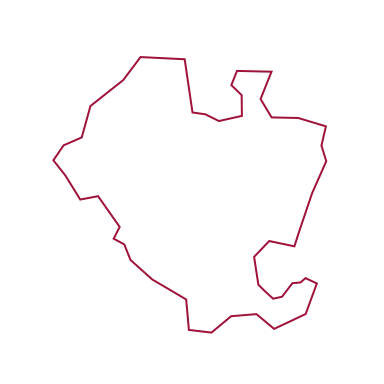 Kushtepa, Ferghana, Uzbekistan (Mercator projection), rotated 13°
{"feature_id": "79887680B56995537187313", "entity_name": "Kushtepa", "entity_type": "district", "adm_level": 2, "iso_a3": "UZB", "parent_name": "Uzbekistan", "parent_adm1": "Ferghana", "projection": "mercator", "projection_center": [71.644, 40.53], "detail": "fine", "context": "isolated", "style": "outline", "palette": "rose", "viewbox_px": 384, "rotation_deg": 13, "n_neighbors": 0, "source": "geoboundaries", "source_scale": "gbopen_adm2", "svg_char_len": 748}
<svg xmlns="http://www.w3.org/2000/svg" viewBox="0 0 384 384"><g transform="rotate(13 192 192)"><path d="M334.2,253.0L322.0,250.4L318.1,255.7L310.3,258.3L303.3,273.8L295.1,277.7L285.4,272.3L277.5,267.4L267.1,241.2L278.3,222.4L304.0,221.9L305.3,206.2L309.3,166.1L315.9,131.8L307.7,117.7L307.7,97.9L278.9,96.0L252.8,101.4L237.9,86.0L242.4,56.9L208.6,63.9L206.3,79.0L218.6,86.5L223.5,106.6L202.3,116.8L187.6,113.3L174.6,114.4L155.0,64.3L111.5,72.1L99.8,98.4L73.7,131.1L72.3,163.6L56.4,175.4L49.8,192.3L64.9,204.4L84.8,224.5L101.4,217.2L129.4,242.3L126.2,255.1L137.8,258.3L147.4,272.1L173.0,286.2L210.5,298.0L220.0,327.1L242.6,324.6L258.1,304.2L282.3,296.5L302.8,306.9L330.2,285.3L334.2,253.0Z" fill="none" stroke="#9f1239" stroke-width="2"/></g></svg>